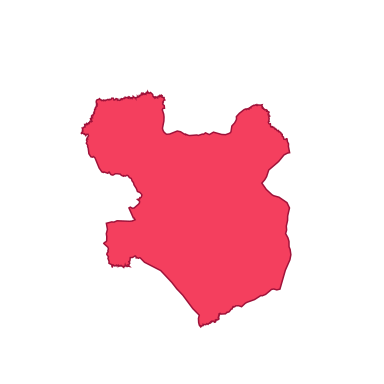 Nong Han, Udon Thani, Thailand, rotated 235°
{"feature_id": "78962969B68603960000153", "entity_name": "Nong Han", "entity_type": "district", "adm_level": 2, "iso_a3": "THA", "parent_name": "Thailand", "parent_adm1": "Udon Thani", "projection": "orthographic", "projection_center": [103.164, 17.36], "detail": "fine", "context": "isolated", "style": "filled", "palette": "rose", "viewbox_px": 384, "rotation_deg": 235, "n_neighbors": 0, "source": "geoboundaries", "source_scale": "gbopen_adm2", "svg_char_len": 6057}
<svg xmlns="http://www.w3.org/2000/svg" viewBox="0 0 384 384"><g transform="rotate(235 192 192)"><path d="M288.0,222.8L288.5,222.5L288.5,221.6L289.0,222.0L289.1,221.0L289.6,221.0L289.5,220.5L289.1,220.8L288.7,220.2L288.8,219.7L289.6,219.8L289.8,219.3L289.5,218.9L289.6,217.9L289.1,217.7L290.6,217.0L290.0,216.3L290.1,215.6L290.5,215.9L290.9,215.5L291.0,216.1L292.5,214.9L294.5,215.7L297.3,215.1L297.4,213.5L298.1,213.4L298.3,212.8L298.9,213.1L299.0,212.4L299.6,212.8L299.2,211.9L300.2,212.1L299.5,211.7L299.3,210.4L298.6,210.1L299.4,209.5L299.3,209.2L300.3,209.0L299.9,208.5L300.2,207.9L301.0,208.5L301.6,207.8L301.0,207.7L301.3,207.0L300.6,206.9L301.2,206.4L300.5,205.5L301.3,204.2L300.4,203.8L301.0,202.9L300.6,202.7L300.8,202.1L301.4,202.1L300.8,201.7L301.5,200.1L301.0,199.7L301.7,199.8L301.9,199.2L303.9,198.7L303.1,198.2L303.5,197.8L302.9,196.5L303.6,196.3L303.8,195.7L304.1,196.2L304.4,195.5L305.6,195.3L305.3,194.5L305.9,194.5L305.5,194.0L306.1,193.9L305.8,193.4L306.6,193.1L307.3,191.8L308.0,191.6L307.3,190.4L308.0,190.0L307.9,189.1L308.4,188.2L308.1,187.9L308.9,187.6L308.4,186.7L308.9,186.4L308.4,186.0L308.6,185.2L309.8,184.1L310.3,184.3L310.2,183.7L311.1,184.1L312.1,183.4L311.7,181.8L312.1,180.9L314.0,181.3L314.9,180.0L314.3,178.7L314.8,177.6L315.3,177.4L315.1,176.7L316.1,176.2L316.6,173.4L317.2,173.4L317.4,172.1L318.1,172.2L318.5,170.6L319.9,170.3L320.1,169.8L321.5,169.8L321.4,168.5L322.0,167.2L321.4,165.7L320.0,164.8L319.1,165.0L318.9,164.3L317.8,164.4L317.9,163.7L316.9,163.5L317.2,162.6L316.5,162.0L316.4,161.1L315.3,160.6L315.6,159.7L314.0,158.5L313.6,157.3L312.9,157.5L312.3,157.0L312.5,156.2L311.4,154.5L312.1,154.3L311.9,153.3L310.8,152.7L309.9,152.9L310.3,151.5L309.5,151.3L310.0,150.8L308.8,150.4L307.3,150.7L307.2,149.9L308.4,148.9L307.2,147.1L307.9,146.9L307.3,145.5L308.4,145.2L307.7,144.4L308.4,144.3L308.3,143.6L308.9,142.8L308.5,142.6L308.1,143.0L307.2,141.7L306.7,141.7L307.3,139.9L306.6,139.0L307.1,138.7L305.5,138.0L305.0,137.3L304.5,137.5L303.7,135.1L303.2,135.1L303.0,136.0L301.5,137.3L301.0,136.8L300.3,137.5L299.1,137.4L299.7,138.7L298.9,139.9L297.3,139.4L296.4,137.1L295.3,136.9L295.8,136.2L295.0,135.3L293.8,135.2L292.6,133.4L290.2,133.4L289.0,132.5L287.6,132.2L282.5,129.5L278.8,129.4L277.6,130.5L277.6,131.6L275.5,132.1L264.9,129.7L260.2,129.7L258.8,130.7L258.9,131.4L255.6,133.8L255.9,135.5L252.8,135.6L251.8,136.3L251.2,137.0L250.9,139.7L249.8,141.3L247.8,143.5L246.2,143.7L244.3,144.9L244.6,145.5L243.4,146.3L243.0,148.3L242.1,149.0L239.7,149.0L237.9,150.0L235.5,149.3L233.2,149.4L231.1,148.6L226.7,148.4L223.7,147.6L221.4,149.1L218.8,149.4L217.8,148.8L216.8,147.2L216.8,146.3L217.2,146.0L216.4,145.3L217.2,143.1L214.5,143.8L213.2,142.7L212.7,141.3L212.1,135.4L212.8,133.9L215.0,132.8L215.1,131.2L204.4,129.1L204.1,129.6L201.9,129.5L202.6,126.2L203.8,124.1L211.4,114.1L212.1,110.8L213.6,109.0L215.5,103.9L209.9,101.3L207.0,97.9L204.2,96.5L201.0,94.1L200.6,93.2L200.8,91.1L200.4,90.2L195.1,91.4L193.5,91.0L192.0,89.3L191.2,89.1L190.6,87.3L189.7,86.4L186.8,86.4L185.9,85.1L182.8,84.3L181.2,83.1L178.4,84.6L176.6,83.6L176.3,83.8L177.4,85.6L175.6,86.4L175.4,88.1L174.3,88.1L174.7,88.6L174.2,89.8L173.1,89.4L172.9,90.7L172.2,91.2L172.5,91.8L169.5,92.8L170.1,93.4L169.5,94.3L170.4,95.3L169.8,95.1L169.5,95.9L168.2,96.0L167.8,97.3L166.9,98.1L168.9,97.8L168.6,98.4L169.4,100.2L170.6,100.4L171.6,99.8L170.9,100.8L171.3,101.7L173.7,103.8L172.5,105.7L172.3,108.7L171.4,109.1L170.0,108.5L169.6,109.5L168.5,110.0L168.3,111.3L167.7,111.8L161.7,112.8L145.6,121.3L129.5,123.6L121.4,124.0L112.7,125.3L95.9,125.8L86.9,127.3L84.8,124.8L81.3,122.6L78.7,121.6L77.4,121.7L77.9,122.1L77.3,122.3L76.5,122.0L76.7,123.5L76.2,124.4L76.6,125.3L77.0,125.3L75.4,127.2L75.7,128.6L74.4,129.2L74.7,130.2L74.2,131.6L74.7,131.6L74.9,133.6L74.2,133.5L74.4,134.8L73.9,135.5L73.2,135.9L72.5,135.6L72.1,136.6L73.5,137.7L72.9,138.0L73.5,138.7L72.6,139.5L72.9,140.6L72.5,140.6L72.5,141.2L73.5,141.8L74.1,141.5L74.8,142.3L74.9,143.1L75.4,143.0L75.8,144.1L76.5,144.0L76.7,144.4L76.5,145.4L75.4,145.7L73.0,149.6L73.4,151.8L73.0,152.0L72.6,153.8L73.6,156.9L73.2,157.7L74.3,159.3L74.0,159.8L74.4,160.1L73.5,161.1L73.7,162.5L72.1,165.0L69.6,166.8L70.3,171.8L70.1,173.8L68.0,181.6L67.7,189.0L66.7,190.0L65.9,193.6L66.6,201.3L65.6,203.4L63.2,205.3L62.0,208.3L74.4,223.6L80.3,233.3L83.9,237.0L88.6,239.4L91.5,240.1L95.9,243.1L99.5,244.3L104.2,244.8L106.6,247.7L110.0,249.7L113.9,254.0L117.5,256.6L123.0,262.7L128.8,263.7L137.8,260.3L142.2,256.7L144.0,255.9L151.5,254.3L159.2,254.3L160.3,258.6L161.8,261.9L166.0,267.5L167.3,280.4L169.6,288.6L169.1,292.6L168.2,294.5L174.0,297.1L176.1,298.7L178.5,299.0L181.0,300.3L181.5,299.9L181.4,298.7L182.7,297.5L184.5,298.4L186.1,298.0L187.5,299.0L188.6,298.4L189.6,298.8L191.4,298.2L191.7,297.6L192.8,298.1L193.3,297.0L195.3,296.9L195.7,296.1L196.5,296.5L197.0,296.0L198.2,296.1L198.7,295.2L199.5,295.3L200.0,294.6L199.8,294.2L200.4,293.9L202.9,295.3L203.1,294.6L203.9,294.2L205.5,294.6L205.7,295.8L206.3,295.7L207.7,297.2L209.5,297.9L209.6,299.1L210.2,298.8L210.9,299.3L211.5,298.7L212.4,299.4L212.8,300.6L213.6,300.9L215.2,299.5L215.7,300.4L216.9,299.9L217.4,298.8L218.3,298.9L218.7,298.2L219.7,298.4L220.1,297.9L220.5,298.5L221.5,298.1L221.9,298.8L223.0,298.7L223.3,299.3L223.9,297.9L225.5,295.9L225.5,295.1L226.3,295.2L226.1,294.6L226.9,294.1L227.2,292.6L227.6,292.4L228.0,289.2L227.2,288.5L227.9,287.8L228.0,286.8L227.2,286.1L228.3,285.4L228.4,283.8L229.1,283.9L229.6,282.0L229.3,276.0L228.3,271.6L226.1,270.2L225.1,268.6L224.1,266.5L223.2,262.5L219.0,258.5L218.6,257.3L218.7,256.0L219.7,252.4L222.1,249.3L228.7,243.9L229.1,239.1L232.7,237.0L232.7,234.5L233.5,233.7L234.7,229.6L235.9,228.7L239.7,222.3L241.3,220.9L242.2,220.6L242.4,219.7L243.4,219.7L243.6,219.0L247.9,217.2L250.4,214.9L252.3,206.9L253.9,204.2L256.9,203.4L259.2,203.6L261.2,204.4L266.2,209.6L269.5,212.1L272.1,213.5L276.4,214.8L277.1,216.1L276.4,217.5L278.7,218.8L280.3,218.4L281.2,218.8L282.0,219.9L282.4,219.7L283.3,221.7L283.0,222.5L284.7,222.7L285.4,223.3L286.8,221.8L288.0,222.8Z" fill="#f43f5e" stroke="#9f1239" stroke-width="1.5"/></g></svg>